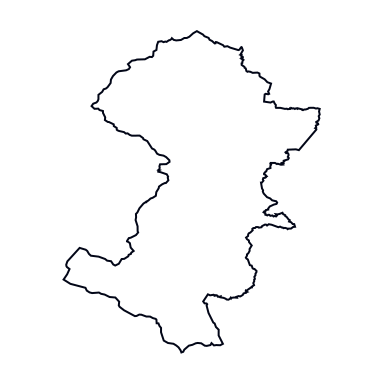 the district of Archidona, Napo, Ecuador, rotated 274°
{"feature_id": "8360857B80114747144377", "entity_name": "Archidona", "entity_type": "district", "adm_level": 2, "iso_a3": "ECU", "parent_name": "Ecuador", "parent_adm1": "Napo", "projection": "equal_earth", "projection_center": [-77.955, -0.716], "detail": "fine", "context": "isolated", "style": "outline", "palette": "ink", "viewbox_px": 384, "rotation_deg": 274, "n_neighbors": 0, "source": "geoboundaries", "source_scale": "gbopen_adm2", "svg_char_len": 6038}
<svg xmlns="http://www.w3.org/2000/svg" viewBox="0 0 384 384"><g transform="rotate(274 192 192)"><path d="M307.3,110.4L306.0,108.3L302.2,105.1L298.5,103.3L295.0,103.2L290.6,100.4L289.2,98.9L288.3,96.7L285.6,95.4L282.4,91.9L278.0,92.2L276.1,91.6L274.6,90.4L273.2,87.3L270.7,85.8L268.2,88.9L268.6,92.7L267.3,94.0L266.6,97.5L264.7,97.7L260.4,100.2L257.7,100.1L256.0,103.1L256.0,104.3L254.0,109.2L252.3,109.4L250.7,112.4L248.9,112.6L248.4,113.2L247.8,114.9L247.0,120.0L245.7,121.8L246.0,123.7L244.6,125.9L244.0,128.0L244.6,135.9L242.4,139.4L241.2,139.9L239.7,143.8L232.6,149.1L231.8,151.2L230.9,152.3L227.8,154.5L226.8,156.8L226.3,161.1L225.0,163.8L222.1,167.2L220.5,167.5L218.0,164.4L217.4,158.2L215.4,157.7L213.8,158.1L212.2,157.7L211.7,157.1L211.5,158.0L211.1,157.4L210.3,157.7L210.2,156.9L209.9,156.9L209.6,159.2L207.9,165.6L205.6,167.1L204.6,166.8L202.0,167.6L199.1,165.3L199.0,164.2L197.6,161.7L195.1,158.7L193.4,158.5L189.4,156.4L185.7,156.2L183.5,153.2L182.6,151.1L180.3,148.9L179.2,147.0L178.6,147.1L178.3,146.0L177.1,144.4L172.1,140.7L167.7,138.9L166.2,137.6L162.9,138.0L160.1,137.7L154.0,140.1L149.1,140.5L147.9,141.1L145.1,139.1L142.1,134.0L141.6,132.2L138.6,130.6L138.2,130.6L137.6,132.2L136.6,133.6L132.3,134.7L129.1,137.9L127.2,135.6L126.0,135.4L124.9,133.2L123.4,132.9L120.6,129.1L120.2,126.5L115.3,124.0L113.3,120.5L114.2,118.5L117.3,116.1L117.6,112.1L119.1,110.0L121.0,103.4L121.4,95.6L123.1,93.5L125.9,91.6L127.0,90.0L128.4,83.8L114.1,72.5L110.7,71.6L109.3,71.9L108.4,72.5L106.6,75.2L101.2,73.2L95.7,70.0L91.9,77.1L89.0,92.4L86.3,93.9L84.7,96.8L84.2,99.4L85.2,106.2L84.1,108.4L83.6,112.0L81.5,117.1L81.4,122.9L77.5,127.0L73.7,126.9L72.4,127.8L69.3,132.4L64.2,143.7L64.5,145.4L66.0,147.9L66.1,149.9L64.6,155.1L64.8,158.9L63.5,161.7L62.9,164.6L62.2,165.4L58.6,165.9L58.6,167.7L56.1,168.9L54.3,170.6L49.9,170.9L41.8,174.2L39.7,178.6L39.3,184.1L37.8,187.0L36.1,189.4L33.2,191.7L31.2,192.6L32.0,194.4L34.2,195.3L38.5,199.6L39.6,203.1L41.3,206.2L41.8,208.1L41.7,211.8L39.6,215.4L39.5,217.4L40.6,221.1L42.6,222.0L40.5,224.6L41.0,226.9L41.1,230.8L42.7,233.4L50.7,228.6L56.5,228.2L59.0,225.3L62.4,223.8L63.3,222.3L72.5,216.9L79.7,214.5L81.1,215.0L81.8,214.3L81.8,212.3L83.6,210.8L91.0,215.0L90.2,217.3L91.0,220.7L90.4,221.6L90.7,221.9L90.7,222.8L90.3,222.6L90.6,223.7L90.4,224.4L89.4,225.0L89.6,225.8L89.2,226.4L89.9,227.9L88.9,227.9L88.6,230.9L87.9,233.0L87.2,234.0L87.1,235.8L88.0,237.2L89.3,238.0L88.8,238.4L89.1,238.5L89.7,241.3L89.7,244.1L90.5,243.6L91.4,245.7L91.2,247.5L92.8,249.8L94.4,250.5L95.3,253.1L95.9,253.3L96.2,254.0L97.0,252.5L97.5,252.6L97.3,253.1L100.7,257.3L101.0,258.4L101.7,258.2L103.4,260.4L105.4,259.5L107.3,260.3L108.8,260.1L109.7,260.8L111.7,260.1L113.3,261.1L115.0,261.0L116.3,261.8L117.7,261.9L119.6,259.7L119.6,258.7L120.1,257.8L122.7,256.7L123.1,254.8L128.6,252.4L129.3,251.1L130.2,250.3L132.4,251.3L133.6,251.2L134.7,252.4L137.3,253.6L139.1,253.4L142.8,255.3L146.0,252.4L147.6,252.1L148.8,250.1L150.3,249.1L152.0,251.0L153.7,251.0L154.8,251.6L155.6,253.0L158.0,255.2L159.3,254.7L160.3,255.7L160.5,257.4L161.5,258.3L161.6,260.4L161.1,261.2L161.7,263.8L162.9,264.3L164.6,267.1L164.6,268.2L163.8,269.2L165.2,270.8L164.9,273.7L162.9,280.6L163.6,282.3L162.8,284.1L162.9,285.0L162.3,285.7L162.7,287.3L162.3,289.3L161.6,290.0L162.2,290.9L162.4,293.3L164.2,295.4L164.5,297.2L167.1,296.2L167.1,294.7L168.8,292.9L169.3,290.9L170.7,291.5L171.4,290.2L173.9,288.0L174.4,286.8L175.4,286.6L176.2,284.5L177.6,283.7L176.2,280.8L175.6,278.8L175.7,277.2L174.4,278.3L173.5,277.6L173.8,275.9L173.3,275.0L174.2,273.9L173.7,271.8L174.6,270.8L174.6,269.7L173.9,268.8L174.5,266.7L175.7,266.8L176.8,264.8L177.8,265.5L177.9,266.6L179.1,266.9L179.8,269.3L180.7,269.1L183.0,270.6L185.2,274.6L186.0,277.1L187.3,277.7L188.6,276.7L189.3,272.5L191.0,270.5L192.1,267.2L195.5,263.6L197.4,262.6L198.6,262.8L200.4,261.6L206.1,260.2L206.1,260.9L208.3,262.5L209.4,261.8L210.8,262.1L211.4,264.2L212.0,264.8L212.5,264.6L212.9,265.4L214.4,263.8L214.7,262.7L215.5,262.6L217.5,264.0L217.7,264.6L220.0,265.3L221.4,268.6L223.3,268.3L224.8,269.0L225.6,268.1L226.5,268.4L226.8,272.7L225.8,274.8L226.2,275.6L225.4,278.8L225.6,280.1L226.4,278.9L227.0,279.0L227.3,279.7L226.9,280.0L227.0,281.3L227.8,280.9L229.1,281.9L229.2,281.4L229.6,281.3L231.3,285.6L232.6,286.2L233.7,285.1L235.6,285.8L236.9,285.4L237.6,284.7L237.3,283.2L238.1,282.5L239.8,284.5L240.9,284.6L241.8,292.7L241.2,295.7L263.0,311.7L263.8,311.5L264.3,310.5L265.2,311.4L266.9,310.9L268.3,313.2L269.1,313.0L269.9,311.2L270.5,311.0L272.1,313.2L274.4,313.9L276.5,313.1L278.2,314.0L281.2,313.1L283.8,313.6L284.3,311.2L283.9,309.9L284.5,307.5L284.1,302.8L283.1,301.8L282.3,299.8L282.1,298.1L281.4,297.0L281.5,296.3L282.1,296.1L282.9,291.6L282.3,291.4L282.8,290.1L282.0,288.8L282.6,287.7L282.3,286.7L282.8,285.0L282.3,284.8L282.3,284.0L281.7,284.1L281.3,281.5L281.7,280.8L281.4,278.9L282.1,274.3L281.8,270.0L282.8,269.5L284.6,269.6L286.0,268.3L288.0,267.2L287.9,266.3L286.7,264.1L287.2,257.6L294.4,257.7L295.1,258.7L294.8,261.2L295.3,262.1L297.6,260.9L300.1,262.1L305.7,263.3L306.8,259.5L309.5,256.6L311.7,252.0L312.6,251.2L314.9,251.0L315.7,249.0L315.1,244.2L316.0,241.8L316.2,239.7L315.8,238.9L316.5,237.8L319.0,237.0L319.6,235.8L320.5,235.6L322.2,232.7L323.8,232.5L324.2,233.2L326.0,233.2L327.3,234.1L328.3,232.2L328.6,233.1L329.7,233.3L330.0,232.2L330.7,232.7L331.3,231.6L331.9,231.7L332.2,230.8L332.8,231.6L333.2,231.1L336.8,232.9L339.8,231.6L340.0,231.2L339.7,230.8L337.3,229.4L336.8,228.3L338.7,220.0L339.9,217.2L339.2,214.1L340.6,212.8L343.2,206.2L343.2,205.3L342.0,205.1L341.8,204.3L344.0,201.5L345.1,198.9L346.9,197.8L348.3,193.5L349.8,192.0L352.8,185.6L350.4,182.1L346.7,178.5L345.3,176.1L345.1,173.6L342.9,170.4L342.1,165.7L342.5,163.1L344.0,161.2L343.1,160.8L341.9,159.2L341.7,158.3L340.0,156.2L340.2,154.8L339.5,153.2L340.3,151.1L339.5,147.8L336.0,146.8L331.2,146.6L329.4,143.8L325.2,143.8L323.8,142.6L323.9,140.3L321.1,135.8L320.3,127.9L319.5,126.1L318.8,122.9L315.1,119.2L312.2,121.5L310.2,120.4L308.8,117.8L307.3,110.4Z" fill="none" stroke="#020617" stroke-width="2"/></g></svg>